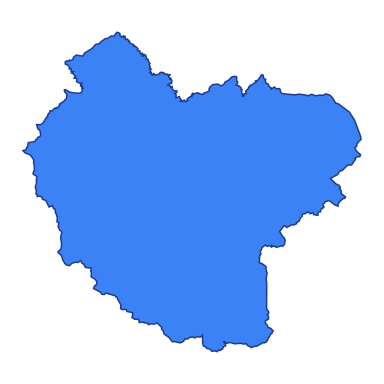 outline of Kaeng Krachan, Phetchaburi, Thailand
{"feature_id": "78962969B83426526195600", "entity_name": "Kaeng Krachan", "entity_type": "district", "adm_level": 2, "iso_a3": "THA", "parent_name": "Thailand", "parent_adm1": "Phetchaburi", "projection": "orthographic", "projection_center": [99.487, 12.853], "detail": "fine", "context": "isolated", "style": "filled", "palette": "blue", "viewbox_px": 384, "rotation_deg": 0, "n_neighbors": 0, "source": "geoboundaries", "source_scale": "gbopen_adm2", "svg_char_len": 5776}
<svg xmlns="http://www.w3.org/2000/svg" viewBox="0 0 384 384"><path d="M330.0,95.2L326.0,93.9L322.6,95.4L320.0,95.0L315.8,95.9L311.8,94.3L307.4,95.9L305.9,95.1L298.9,94.1L295.3,94.9L282.6,93.7L280.8,92.6L280.1,89.4L279.3,88.6L276.2,88.7L274.4,87.0L271.1,89.1L271.0,87.7L268.7,86.2L268.5,84.4L266.1,83.1L265.3,80.5L265.7,79.4L263.5,78.0L263.3,75.3L261.6,74.8L257.7,80.4L255.5,80.9L256.2,82.3L254.1,83.1L251.6,85.1L250.3,85.1L249.6,86.8L248.6,87.0L248.4,88.5L245.7,91.1L246.2,93.5L244.1,93.8L243.6,96.4L242.7,96.2L242.8,95.0L241.6,92.6L242.0,89.6L240.9,89.3L241.0,87.7L238.9,85.9L236.1,85.0L237.3,83.7L237.7,81.9L236.6,80.7L236.7,76.9L234.9,76.3L231.9,76.9L228.1,80.6L225.4,81.7L223.6,84.5L222.0,85.5L220.4,85.9L218.6,84.4L216.9,84.2L212.7,84.6L209.8,87.2L209.0,89.0L209.6,90.4L208.1,91.6L203.7,93.2L203.2,94.3L200.6,94.2L198.0,92.8L193.7,93.8L192.7,93.4L192.9,94.8L191.6,94.6L191.8,96.7L190.6,96.5L188.2,98.0L187.0,99.4L187.6,100.6L185.3,101.6L184.1,100.0L182.8,101.3L180.5,101.3L181.5,100.2L179.8,98.2L179.4,96.6L175.9,97.8L176.1,94.7L174.7,93.5L176.9,92.5L176.7,90.8L173.9,90.9L172.2,88.6L172.3,86.6L170.4,87.4L170.1,85.6L167.7,85.0L169.8,83.4L171.5,83.6L171.9,80.4L171.1,79.4L170.1,79.3L170.6,78.2L169.4,78.0L168.6,76.8L170.0,74.8L169.0,74.5L168.0,75.3L166.9,74.0L164.9,74.3L163.7,72.6L162.7,73.2L161.7,72.1L159.8,72.8L159.7,73.9L155.8,75.1L154.7,74.1L153.5,75.0L153.5,73.8L152.2,74.8L151.4,74.6L151.5,72.9L150.9,72.1L150.1,72.8L149.6,72.5L150.5,71.0L150.3,69.7L151.2,69.2L149.5,68.0L150.3,67.3L149.2,64.4L150.0,63.6L148.8,62.2L148.1,59.4L146.1,59.1L146.5,57.8L145.7,55.2L144.3,54.7L143.9,55.9L142.3,56.1L143.2,54.3L142.1,54.5L142.1,53.3L140.9,53.8L139.9,53.3L140.1,51.2L137.5,50.5L138.0,48.6L135.5,46.5L134.0,46.3L134.3,45.4L132.9,45.1L133.0,44.3L131.5,44.0L128.9,42.1L129.6,41.3L127.1,39.0L126.2,39.6L125.3,39.2L125.1,36.6L124.1,37.1L123.7,35.8L121.6,37.1L121.4,36.4L120.0,35.7L120.0,33.8L118.9,32.8L116.9,32.3L113.9,36.2L111.1,36.0L107.5,38.5L105.3,38.6L100.1,42.4L100.0,43.5L95.5,44.5L91.9,48.6L84.6,53.0L82.8,56.1L76.1,55.1L73.3,57.4L73.2,59.0L72.2,60.0L70.8,60.5L69.6,60.1L69.1,61.0L67.1,60.8L65.3,61.7L65.2,64.0L67.8,65.1L69.6,67.1L69.1,68.8L71.3,69.0L71.0,71.1L73.2,71.8L71.4,73.0L72.8,73.4L75.4,76.3L74.1,78.0L76.5,78.4L76.9,79.9L76.5,81.6L79.8,83.3L81.8,83.2L80.6,84.7L80.5,85.8L81.2,86.5L81.8,85.6L82.4,86.1L81.7,88.6L82.6,88.6L83.5,87.5L81.4,92.4L78.5,93.3L72.8,92.7L70.0,92.2L65.4,89.6L64.4,89.8L64.5,91.5L66.9,94.6L66.5,98.7L64.6,100.1L64.3,101.0L59.8,103.8L59.4,104.4L60.0,105.1L58.3,106.7L58.1,107.7L56.3,107.6L55.8,108.7L55.2,108.2L54.2,108.5L52.0,111.0L50.1,110.7L49.6,112.5L48.0,114.3L47.4,116.7L46.7,117.0L42.6,123.5L40.2,124.7L36.6,124.6L37.8,128.7L39.9,130.5L40.7,135.1L39.8,136.7L37.5,137.4L37.0,139.2L35.6,139.8L35.1,141.5L28.2,142.7L27.7,146.5L26.3,148.1L26.1,149.7L23.0,150.6L24.9,152.8L30.3,155.0L33.9,160.0L33.5,162.3L34.3,165.8L34.3,170.0L33.0,173.4L33.8,174.7L35.4,175.3L37.2,177.2L36.4,179.0L36.4,183.5L35.2,187.4L36.4,190.4L35.9,193.8L37.1,195.1L37.3,196.5L38.8,196.0L41.9,196.9L42.4,199.2L46.0,200.6L49.0,207.0L52.7,205.6L53.5,208.5L55.1,209.2L55.6,213.4L56.7,214.2L56.5,215.7L57.3,217.1L57.0,221.9L58.9,223.1L58.1,226.5L59.6,230.1L61.3,231.2L61.7,232.7L60.6,237.9L61.5,243.0L61.4,247.5L60.3,249.9L58.1,251.4L58.2,252.8L61.4,255.4L62.8,260.0L64.8,263.5L66.8,265.2L69.6,265.6L71.9,263.3L75.7,262.2L77.9,262.5L80.8,260.6L81.9,263.1L83.6,264.1L85.5,267.5L91.4,268.1L90.7,271.2L91.5,272.4L91.1,276.8L95.0,279.1L97.0,281.9L96.5,284.6L94.4,286.0L93.6,288.6L100.6,292.2L101.7,294.3L104.2,294.5L105.7,293.3L106.9,293.3L115.1,295.8L115.8,296.8L117.2,297.2L117.5,299.0L120.9,305.0L120.6,308.6L122.3,309.7L125.9,309.2L126.9,311.5L132.2,312.5L132.8,313.3L132.0,317.6L134.6,319.2L138.6,319.4L139.3,322.6L143.1,322.0L144.3,323.0L145.5,322.5L148.9,324.7L150.5,323.7L154.1,324.2L157.1,322.9L161.8,327.5L161.6,329.3L163.1,330.6L164.2,334.1L168.6,337.1L172.4,341.8L174.5,341.6L180.2,342.9L183.5,341.4L184.6,339.3L187.7,338.8L189.9,337.4L193.0,336.8L193.9,337.7L195.3,337.8L197.6,336.4L199.5,337.1L201.1,336.7L202.5,335.3L202.6,343.5L203.6,346.1L205.3,346.7L207.1,348.6L209.6,348.8L211.9,351.3L215.1,350.9L217.1,351.7L218.2,350.5L220.7,350.3L220.8,349.5L222.4,349.1L223.8,346.5L225.7,345.8L225.3,344.1L223.5,341.8L224.3,341.4L226.2,343.3L230.2,342.5L234.6,343.8L240.6,343.3L243.8,344.1L246.1,343.6L247.3,345.4L251.6,347.6L252.8,346.7L257.3,346.0L262.8,342.7L264.2,342.9L266.5,341.9L270.6,334.3L272.0,333.3L272.1,332.1L273.2,331.0L270.5,328.2L268.0,327.3L266.9,324.6L265.3,323.0L265.6,320.6L268.4,319.3L268.6,316.7L267.3,314.6L268.5,313.8L268.7,311.9L266.6,308.9L266.7,283.0L266.1,278.9L267.1,273.1L265.9,269.3L266.1,266.7L262.5,263.9L259.3,262.7L259.7,255.6L261.0,254.0L260.2,250.8L261.4,249.8L261.8,247.8L265.6,244.9L267.2,246.4L269.6,245.5L271.5,247.0L271.7,245.5L273.0,246.5L274.6,246.0L276.3,247.4L281.7,245.7L282.6,246.3L284.3,244.7L285.2,240.5L284.2,237.8L282.8,236.8L279.6,231.4L284.1,225.8L285.2,225.9L286.6,227.5L292.0,224.6L293.2,225.1L296.6,223.7L296.5,222.6L299.1,221.2L300.7,217.5L302.0,216.5L302.5,213.9L304.6,213.9L308.1,211.8L310.1,213.7L313.1,212.7L313.7,214.6L317.9,215.3L318.1,212.4L318.9,211.6L320.3,211.9L321.1,209.1L323.9,207.4L323.0,203.8L324.4,203.0L325.2,201.8L328.2,200.6L329.9,201.0L334.4,204.7L338.0,206.1L338.1,204.1L340.4,200.9L343.1,198.6L344.9,198.2L345.5,196.8L341.2,193.7L341.5,192.3L340.8,190.1L339.4,189.1L339.4,188.1L340.3,187.9L340.0,186.5L338.5,185.0L335.9,183.9L330.3,178.5L337.7,174.5L339.3,171.4L342.3,170.4L347.6,165.2L351.6,164.9L355.5,159.2L355.2,158.2L356.9,157.0L359.9,156.6L360.5,154.8L356.1,150.7L354.9,147.6L356.7,146.4L356.9,144.1L359.4,140.7L360.7,140.0L361.0,139.0L360.4,135.8L354.5,120.1L349.5,112.2L338.3,103.8L335.6,103.0L332.8,98.2L330.0,95.2Z" fill="#3b82f6" stroke="#1e3a8a" stroke-width="1.5"/></svg>